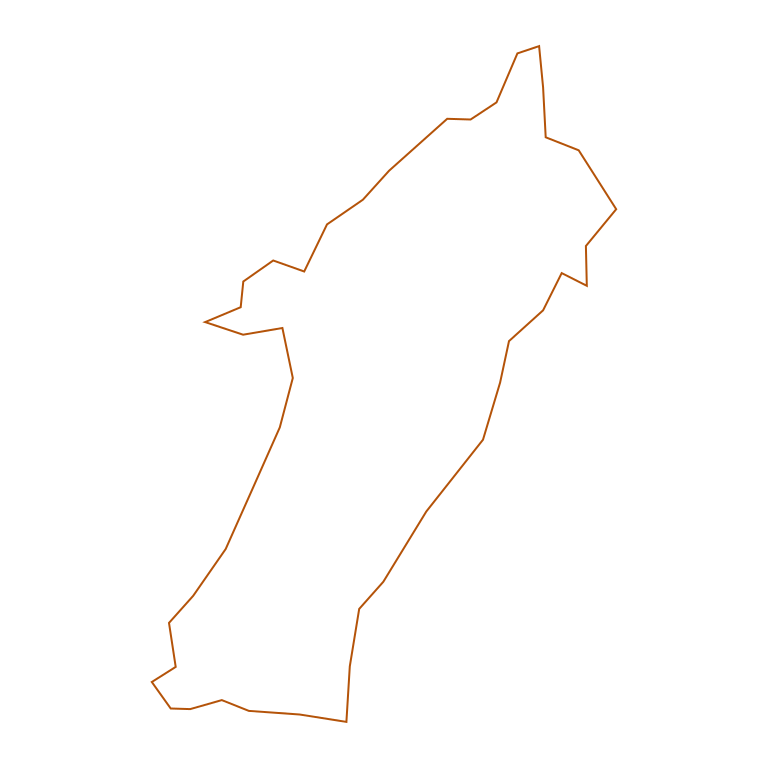 the district of Kizirik, Surkhandarya, Uzbekistan
{"feature_id": "79887680B98909134943467", "entity_name": "Kizirik", "entity_type": "district", "adm_level": 2, "iso_a3": "UZB", "parent_name": "Uzbekistan", "parent_adm1": "Surkhandarya", "projection": "orthographic", "projection_center": [67.318, 37.714], "detail": "fine", "context": "isolated", "style": "outline", "palette": "amber", "viewbox_px": 768, "rotation_deg": 0, "n_neighbors": 0, "source": "geoboundaries", "source_scale": "gbopen_adm2", "svg_char_len": 664}
<svg xmlns="http://www.w3.org/2000/svg" viewBox="0 0 768 768"><path d="M205.1,322.1L243.1,334.7L282.4,328.0L292.8,378.0L279.8,427.4L252.8,488.2L225.7,549.0L193.2,595.8L169.0,622.9L175.7,666.9L151.8,682.0L170.7,708.5L190.2,709.1L221.8,700.1L248.9,710.9L299.6,714.5L346.4,721.9L349.8,666.3L359.2,608.9L383.3,581.8L426.3,511.5L483.0,439.7L500.1,382.6L509.0,341.1L543.1,310.3L561.7,273.1L586.8,285.8L585.9,246.0L616.2,209.2L578.7,150.3L545.7,137.3L543.1,87.5L539.1,46.1L517.4,53.4L496.5,102.4L470.6,119.5L447.2,118.8L389.1,170.7L362.9,199.7L327.0,224.4L304.2,271.5L273.2,260.5L243.3,281.5L240.7,307.2L205.1,322.1Z" fill="none" stroke="#b45309" stroke-width="2"/></svg>